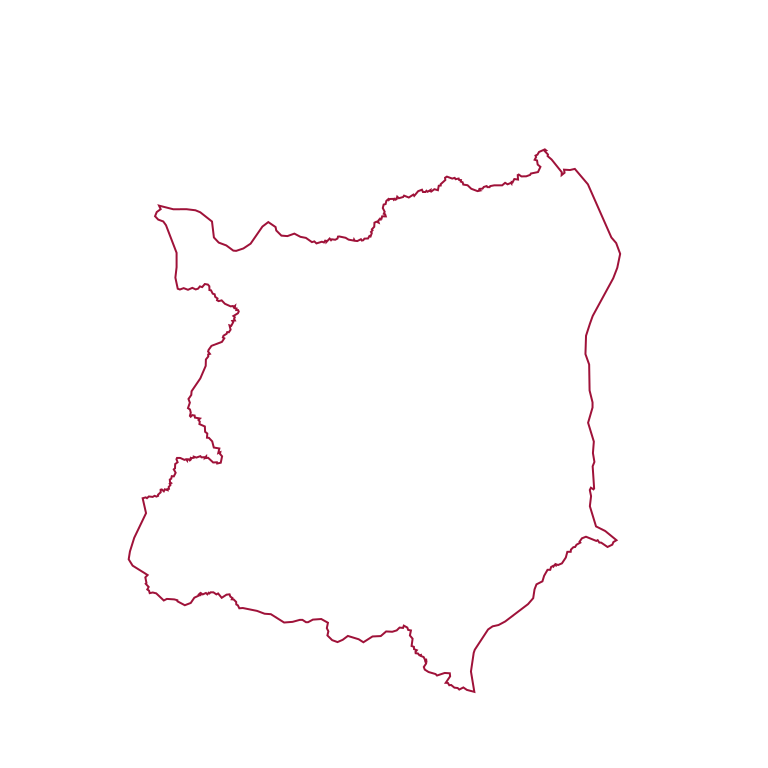 outline of Chanuman, Amnat Charoen, Thailand, rotated 17°
{"feature_id": "78962969B71336956115942", "entity_name": "Chanuman", "entity_type": "district", "adm_level": 2, "iso_a3": "THA", "parent_name": "Thailand", "parent_adm1": "Amnat Charoen", "projection": "mercator", "projection_center": [104.897, 16.141], "detail": "fine", "context": "isolated", "style": "outline", "palette": "rose", "viewbox_px": 768, "rotation_deg": 17, "n_neighbors": 0, "source": "geoboundaries", "source_scale": "gbopen_adm2", "svg_char_len": 6165}
<svg xmlns="http://www.w3.org/2000/svg" viewBox="0 0 768 768"><g transform="rotate(17 384 384)"><path d="M503.6,122.5L499.3,125.0L493.5,126.4L494.9,129.2L492.8,132.3L492.1,129.5L478.6,120.3L473.8,118.2L473.7,116.6L469.3,114.1L470.7,113.2L469.2,112.6L464.4,116.8L463.7,119.8L462.1,121.3L463.1,122.5L462.5,125.5L465.0,125.5L466.8,129.2L470.1,130.6L469.3,136.3L462.9,139.8L462.6,141.3L459.3,143.8L454.7,145.3L451.6,144.3L450.8,145.1L452.4,149.3L448.7,149.9L448.0,153.6L447.0,153.5L447.3,155.0L446.6,154.5L443.8,156.9L441.0,156.2L438.9,159.5L431.3,161.8L427.7,163.7L427.4,164.9L425.3,165.5L424.3,164.7L421.8,166.4L421.1,168.4L418.2,169.5L418.2,170.8L419.2,171.0L417.1,172.2L410.4,171.8L405.8,169.5L401.5,170.1L400.2,168.1L398.2,168.0L398.0,166.5L396.2,166.9L395.3,165.7L392.6,167.2L391.3,166.2L389.2,167.6L383.5,167.3L382.1,168.9L383.0,171.0L379.8,176.3L380.2,177.6L378.4,178.4L378.9,182.9L375.2,183.0L372.9,186.2L371.8,186.1L371.7,184.9L369.5,187.4L368.1,186.8L367.5,188.3L365.1,189.0L363.5,187.1L360.3,189.6L357.9,195.3L356.7,194.3L353.2,198.4L348.1,198.0L347.6,199.6L343.9,202.0L341.9,201.0L342.0,203.6L341.0,204.4L340.2,203.7L339.5,204.9L338.9,204.2L335.4,205.4L334.8,206.6L334.1,205.9L332.7,208.2L332.9,211.5L331.2,212.5L331.4,216.1L334.3,219.1L334.0,221.3L335.5,221.4L336.7,223.2L333.2,224.2L333.3,226.7L332.1,227.0L332.5,227.8L331.4,228.0L330.7,229.8L331.7,231.3L329.3,231.0L327.7,232.5L328.7,236.5L327.2,239.6L328.1,240.4L327.1,242.4L328.2,243.2L328.0,246.9L326.8,246.7L326.2,249.5L322.8,250.7L322.1,252.6L320.8,253.3L319.6,252.3L316.7,255.1L314.1,255.6L313.1,254.6L313.1,255.7L307.9,256.3L304.5,255.4L298.1,256.0L296.9,256.5L297.0,258.5L295.2,260.3L291.8,260.9L291.3,262.0L289.5,260.8L287.4,265.1L287.0,264.0L285.8,264.1L285.2,266.2L283.0,266.1L278.3,269.3L275.7,268.0L273.6,269.4L266.6,267.1L261.1,267.7L254.3,266.4L248.4,270.8L242.5,272.1L236.1,268.7L234.4,265.6L226.0,263.0L221.7,269.0L215.4,288.8L209.9,295.5L203.7,299.9L200.9,300.5L192.7,297.6L184.6,297.1L178.5,293.6L172.0,278.9L158.1,273.5L152.9,273.0L143.9,274.6L131.5,278.5L116.7,279.2L119.3,282.1L116.4,286.0L116.0,290.5L120.0,292.8L125.4,293.1L129.1,295.9L147.3,319.2L151.5,332.9L153.4,343.3L158.9,353.2L161.2,353.3L164.4,350.9L169.0,351.2L172.6,348.1L176.3,348.6L178.3,347.2L179.4,344.5L181.8,344.5L183.4,340.8L186.5,340.4L188.4,341.6L189.6,345.2L191.2,345.0L193.8,347.7L195.8,347.7L197.1,350.0L199.8,350.9L199.8,352.7L201.6,353.1L204.3,351.5L208.4,353.8L214.6,354.6L216.7,353.6L217.7,354.4L218.7,352.8L219.0,355.2L220.9,354.9L221.1,356.5L222.9,356.0L223.9,357.2L223.6,359.1L220.1,363.0L221.8,363.8L221.6,365.6L222.9,366.9L220.5,368.0L221.7,369.1L220.9,373.1L219.1,373.1L221.4,376.9L220.5,379.9L218.9,380.2L218.8,382.0L216.4,384.7L216.3,386.6L217.9,387.0L216.7,391.1L207.9,397.9L206.3,402.6L206.3,404.4L208.7,406.1L207.2,407.2L207.9,409.1L206.5,412.6L208.2,418.8L206.7,432.4L202.1,447.2L202.9,450.8L201.4,455.5L203.8,458.6L203.6,464.4L205.9,465.1L207.6,467.9L207.7,471.2L208.7,471.8L209.8,469.8L212.1,469.5L213.0,471.4L218.1,470.8L217.1,472.7L218.8,473.8L219.2,476.3L225.1,477.0L226.9,482.0L229.5,483.0L230.4,487.1L232.3,486.7L236.5,489.1L239.8,494.5L245.4,493.8L245.7,498.5L247.4,497.1L247.6,498.8L250.3,500.5L250.9,507.0L247.7,508.8L247.1,507.7L243.6,509.0L237.4,506.0L235.6,506.8L235.1,505.2L234.1,507.1L233.9,506.4L230.9,507.5L229.5,506.7L226.1,509.2L223.3,509.1L223.6,510.2L221.7,511.0L221.3,512.5L220.7,511.8L220.3,513.8L218.9,513.2L217.5,513.6L217.9,514.7L216.6,513.9L215.3,514.9L210.8,514.3L207.7,515.2L207.5,516.6L209.5,519.2L207.7,521.6L208.8,525.7L207.9,527.1L210.7,529.8L210.0,533.8L208.0,534.2L208.2,536.8L207.1,538.0L208.1,540.5L209.4,541.0L208.3,542.1L209.3,543.0L208.2,545.5L209.0,547.1L207.6,547.9L208.1,548.8L205.2,548.8L204.8,551.0L202.3,549.8L201.3,550.4L202.1,552.9L200.3,555.8L200.7,557.0L199.3,558.2L197.3,558.0L195.8,559.6L192.0,560.3L190.7,562.5L189.3,562.1L186.6,563.8L194.2,577.1L190.1,604.1L190.0,618.4L191.1,626.3L196.7,631.2L213.8,635.8L212.3,638.7L215.0,643.7L214.5,644.7L218.3,646.9L217.7,649.7L219.7,650.3L221.1,652.5L223.8,651.0L227.4,650.8L236.7,655.4L239.2,653.0L246.4,651.3L249.6,651.2L250.0,652.2L258.2,653.8L263.2,649.9L265.1,643.8L269.3,640.0L268.4,639.5L269.4,637.8L270.4,638.8L270.6,637.7L272.2,638.2L274.8,635.9L276.6,636.8L277.4,634.9L278.3,635.3L279.1,633.9L281.8,633.1L285.2,634.2L286.6,632.8L291.3,635.9L295.0,631.5L297.8,630.3L299.2,632.2L301.6,633.0L301.4,634.4L303.2,634.0L306.3,635.6L307.2,638.0L309.0,638.4L311.2,640.8L314.5,639.5L328.9,638.1L337.0,638.6L343.1,637.2L358.2,641.3L366.1,638.2L372.4,634.2L375.0,633.4L379.1,634.6L381.0,634.0L384.9,630.1L392.7,627.1L400.2,628.7L400.7,634.2L403.1,636.8L403.4,641.0L409.3,644.1L415.0,644.4L419.3,640.7L423.1,635.5L434.4,635.5L439.8,637.0L446.8,628.8L454.6,626.0L458.4,620.0L464.4,618.5L468.2,615.9L470.1,612.4L473.5,611.7L473.6,609.3L477.5,610.1L479.0,612.1L481.8,611.8L482.3,616.9L485.8,619.2L487.0,626.5L489.4,626.6L490.3,628.8L493.2,629.0L492.4,630.9L493.0,632.2L495.3,631.8L497.2,633.1L498.5,632.3L498.8,633.3L501.7,633.5L503.7,635.6L504.9,635.2L505.7,637.0L504.7,637.3L506.0,639.0L504.8,643.0L506.5,645.2L510.8,646.4L518.1,646.3L519.9,647.3L526.5,642.6L531.5,641.4L532.7,644.2L530.4,651.7L532.5,651.2L534.5,653.0L536.2,652.2L540.1,653.8L543.3,653.2L545.3,654.2L548.6,651.0L552.7,652.3L560.4,652.0L551.2,633.5L548.4,614.9L548.5,611.6L555.3,588.3L558.7,584.0L564.0,581.0L569.3,575.7L586.1,552.4L589.3,545.2L588.0,536.4L588.4,531.0L593.2,526.4L593.2,520.6L594.7,513.9L597.3,513.1L597.3,510.2L598.7,508.7L599.4,509.1L600.0,507.2L601.3,507.3L600.9,506.1L603.4,506.2L606.6,503.5L608.6,496.8L608.4,490.9L611.6,489.9L611.2,487.7L612.8,484.7L614.4,484.0L615.1,481.4L618.1,478.3L617.1,477.6L618.4,473.7L621.8,471.0L632.9,472.0L634.0,470.9L636.3,472.7L638.1,472.2L645.4,474.5L649.3,470.9L649.6,468.1L652.0,465.4L638.5,459.9L628.4,458.2L616.6,440.7L614.8,430.7L611.8,425.2L612.2,422.7L615.1,423.5L615.5,422.5L607.6,401.7L608.0,397.0L604.0,389.0L601.5,377.7L590.5,361.4L590.3,345.5L588.8,340.6L582.5,330.1L574.5,305.4L567.9,296.5L563.1,278.8L563.3,265.9L563.7,257.9L572.3,215.9L573.1,204.6L571.8,190.5L564.8,181.3L558.6,177.4L520.6,133.4L503.6,122.5Z" fill="none" stroke="#9f1239" stroke-width="2"/></g></svg>